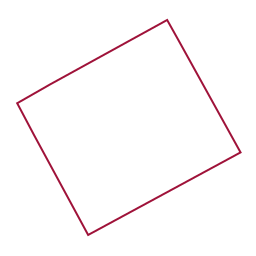 Runnels, Texas, United States of America (Albers equal-area conic projection), rotated 61°
{"feature_id": "52423323B92139575394667", "entity_name": "Runnels", "entity_type": "district", "adm_level": 2, "iso_a3": "USA", "parent_name": "United States of America", "parent_adm1": "Texas", "projection": "albers", "projection_center": [-100.016, 31.83], "detail": "fine", "context": "isolated", "style": "outline", "palette": "rose", "viewbox_px": 256, "rotation_deg": 61, "n_neighbors": 0, "source": "geoboundaries", "source_scale": "gbopen_adm2", "svg_char_len": 253}
<svg xmlns="http://www.w3.org/2000/svg" viewBox="0 0 256 256"><g transform="rotate(61 128 128)"><path d="M202.2,214.7L203.9,41.4L76.7,41.3L52.5,41.4L52.1,174.9L52.6,212.9L88.4,213.6L202.2,214.7Z" fill="none" stroke="#9f1239" stroke-width="2"/></g></svg>